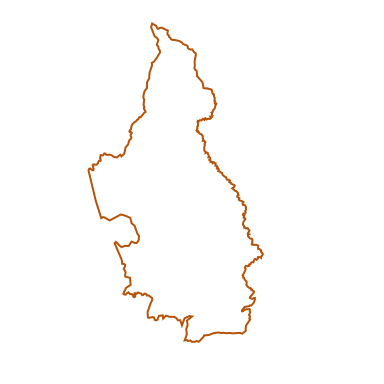 Djéma, Haut-Mbomou, Central African Republic (Natural Earth projection), rotated 23°
{"feature_id": "33826404B9662788023259", "entity_name": "Djéma", "entity_type": "district", "adm_level": 2, "iso_a3": "CAF", "parent_name": "Central African Republic", "parent_adm1": "Haut-Mbomou", "projection": "natural_earth1", "projection_center": [25.567, 6.936], "detail": "fine", "context": "isolated", "style": "outline", "palette": "amber", "viewbox_px": 384, "rotation_deg": 23, "n_neighbors": 0, "source": "geoboundaries", "source_scale": "gbopen_adm2", "svg_char_len": 6062}
<svg xmlns="http://www.w3.org/2000/svg" viewBox="0 0 384 384"><g transform="rotate(23 192 192)"><path d="M295.4,286.6L294.1,286.0L294.2,284.5L294.0,283.8L292.5,283.0L292.6,279.8L291.6,279.0L291.2,277.5L290.4,277.5L287.6,278.8L286.6,279.8L285.1,282.2L284.6,282.2L284.4,281.6L284.4,280.6L285.4,277.2L288.9,274.9L289.6,273.7L290.9,273.4L292.2,269.5L291.9,266.2L291.3,265.0L290.8,265.2L289.2,266.9L286.5,266.8L286.4,266.3L288.2,260.4L287.8,259.3L286.0,259.1L285.1,258.3L284.6,258.8L283.4,257.5L282.6,258.0L279.8,257.3L278.8,256.3L278.1,256.0L277.9,254.4L277.3,253.2L274.5,251.9L273.5,250.6L272.6,250.8L272.0,249.4L271.2,249.0L271.6,245.5L271.5,241.8L270.2,241.0L270.4,239.0L271.0,238.6L272.4,238.5L273.6,237.4L272.9,236.8L272.9,236.3L274.0,235.5L273.9,234.6L274.1,233.8L274.6,233.2L276.0,232.7L275.7,231.8L275.9,229.2L276.3,228.9L278.1,229.1L278.6,227.4L278.1,226.2L280.4,225.2L281.2,225.5L280.9,224.4L281.5,222.5L281.5,221.4L280.1,220.5L279.0,220.3L278.5,218.7L277.7,218.8L276.4,218.1L275.2,218.5L274.7,217.8L274.2,215.9L273.7,215.6L272.3,215.4L268.0,217.0L267.5,216.9L267.1,215.9L267.3,214.8L266.6,213.8L266.6,212.9L266.3,212.3L265.2,211.6L264.7,212.0L263.3,212.0L260.7,210.7L260.2,209.4L260.9,208.6L259.7,208.7L259.5,208.2L260.0,205.9L259.9,204.9L258.4,204.5L257.9,203.7L257.1,203.6L255.6,204.5L254.8,204.0L254.0,204.4L252.9,202.7L252.0,202.4L251.2,201.0L251.1,198.6L251.3,197.2L251.7,196.4L251.6,195.7L251.3,195.5L249.6,195.5L249.3,193.3L248.2,193.5L247.7,192.9L247.8,191.8L249.2,191.4L249.4,189.8L248.3,188.8L248.6,187.2L247.7,185.0L246.2,183.5L244.0,183.9L243.5,183.6L243.0,182.5L243.4,181.6L243.3,181.1L241.8,180.9L238.6,181.1L238.1,180.7L238.0,179.0L236.0,178.9L235.4,178.5L235.3,177.4L236.0,176.7L235.9,176.3L235.1,175.8L234.6,174.8L232.2,173.9L231.5,174.1L229.9,173.7L229.1,173.2L227.7,173.0L227.8,172.5L229.0,170.7L228.8,169.4L228.1,169.0L225.1,169.2L224.3,168.5L222.4,168.4L222.2,167.8L222.6,166.8L222.4,166.6L220.7,166.4L219.2,167.0L217.6,165.1L216.3,165.1L213.7,164.4L213.1,163.9L212.5,162.8L211.5,163.0L209.8,162.3L208.0,162.6L207.8,160.6L206.8,160.0L206.1,160.7L205.7,160.7L205.4,158.6L204.4,158.2L203.3,158.7L202.5,156.3L201.0,156.5L200.3,156.0L200.0,156.2L199.6,157.4L198.7,156.5L197.8,157.1L197.3,157.1L197.0,156.2L196.6,156.0L196.4,155.5L195.5,155.9L195.3,155.7L195.7,154.2L195.4,153.5L194.5,153.0L193.6,153.5L193.6,152.6L191.3,150.0L190.8,149.7L189.8,150.1L189.3,150.8L189.0,149.9L187.2,149.1L185.8,146.2L185.6,144.1L184.8,143.1L184.9,140.9L183.3,140.1L182.0,140.7L181.8,139.3L180.4,137.4L180.1,136.3L179.0,135.9L178.3,135.2L175.8,135.3L174.1,133.6L173.5,134.5L172.1,133.7L172.1,131.2L171.3,130.0L171.7,128.9L170.8,127.0L170.8,126.0L169.8,125.4L169.5,124.3L170.5,124.2L171.3,122.7L172.7,122.5L173.4,120.5L175.2,120.8L175.0,119.3L175.4,118.8L177.0,119.6L178.2,118.2L179.2,118.1L180.3,117.3L180.4,116.7L179.5,115.7L180.9,115.6L181.2,114.7L181.1,113.7L180.0,113.4L179.7,111.6L179.0,111.2L179.7,110.3L179.4,108.5L180.1,107.0L180.2,105.3L179.7,103.0L180.0,101.2L179.6,101.0L178.7,101.7L178.3,101.4L177.6,100.3L177.8,99.4L176.8,98.8L176.5,97.1L174.6,94.9L174.1,93.6L172.8,93.7L170.0,90.1L168.8,90.1L167.9,90.6L165.9,90.5L165.3,91.1L164.4,91.0L163.4,91.6L161.9,91.8L160.6,89.5L158.6,86.8L151.2,83.2L150.5,81.3L148.9,78.7L146.5,77.8L145.6,76.6L145.2,74.4L143.6,71.3L142.7,68.3L142.4,65.9L141.4,62.9L139.3,62.5L136.4,60.6L135.2,61.4L133.0,61.6L132.1,61.1L131.3,59.9L130.6,59.3L128.8,59.1L126.2,59.3L123.9,58.2L121.0,58.0L116.4,58.9L114.6,59.6L113.0,59.6L111.9,58.6L110.3,58.2L109.5,57.0L107.9,56.6L107.4,55.7L106.8,53.0L106.5,52.7L104.3,52.9L100.1,52.5L98.1,53.6L97.4,54.9L96.6,55.2L94.1,53.1L89.5,52.5L90.0,56.3L96.8,63.3L99.4,63.8L101.7,65.2L102.0,69.3L102.4,70.6L104.0,71.1L105.6,73.5L107.0,74.2L108.0,76.0L107.3,81.3L106.2,86.7L104.6,88.8L105.8,91.3L106.3,98.6L108.2,104.2L107.7,108.4L109.9,113.7L108.9,117.7L109.5,121.6L110.5,124.5L111.8,125.4L113.5,131.0L115.0,132.4L114.8,133.3L115.4,134.4L117.1,135.4L118.0,136.5L117.1,137.7L115.5,143.2L114.2,143.7L114.1,146.2L113.5,146.5L112.6,149.3L111.7,150.3L110.6,152.9L110.5,154.7L111.4,158.2L110.7,159.2L110.7,160.6L111.2,161.2L112.6,160.7L113.3,160.8L113.6,161.6L113.1,163.2L113.6,164.3L114.7,165.2L115.1,166.3L114.1,169.1L114.6,173.2L113.4,177.2L114.3,181.0L114.6,183.5L113.1,186.8L111.4,185.7L109.5,189.3L107.1,190.2L105.9,190.2L104.0,189.6L102.6,189.6L101.5,189.8L99.6,191.0L98.5,191.2L96.8,190.5L96.1,190.9L96.0,192.1L95.5,193.3L93.5,193.8L94.1,196.7L95.6,198.4L95.6,199.1L94.3,199.5L93.9,200.6L94.2,202.2L93.7,203.8L92.5,204.6L90.5,205.1L90.0,206.1L91.4,207.5L91.5,208.3L92.4,209.1L92.7,210.2L92.2,210.8L91.2,210.8L89.2,210.1L88.3,210.7L88.3,212.6L107.1,238.0L118.7,251.5L119.8,249.9L121.2,249.6L127.4,250.3L135.3,240.5L139.5,239.9L145.3,239.9L148.7,244.4L152.2,245.4L158.0,251.7L160.3,253.0L161.7,256.9L161.2,260.4L159.7,261.2L155.7,261.3L154.8,266.4L151.1,267.9L148.9,270.2L147.3,269.9L141.4,267.7L140.8,269.4L154.1,282.2L155.8,285.4L157.5,284.8L158.9,285.1L159.5,286.9L159.1,289.3L162.3,291.7L162.8,294.6L163.8,296.0L168.5,295.2L171.8,301.5L168.8,306.0L168.5,312.5L169.7,312.8L171.1,312.4L171.6,310.8L172.6,309.2L173.4,309.7L174.9,310.1L176.9,309.5L179.2,311.4L179.9,311.4L180.5,310.6L180.4,309.6L180.0,309.1L179.3,308.9L178.8,308.4L178.7,307.7L179.3,307.3L180.0,307.5L180.9,307.3L181.3,305.7L184.9,305.4L186.5,306.5L187.3,305.8L187.8,304.3L189.3,303.7L190.2,304.1L190.8,305.0L192.6,304.1L194.6,304.8L196.5,305.1L197.6,306.5L197.4,310.5L198.0,319.8L200.3,324.5L201.4,324.8L204.3,322.7L206.2,322.3L207.6,324.3L209.0,324.2L210.2,323.0L209.9,319.0L213.2,317.0L214.9,319.8L216.4,316.0L220.7,315.5L224.6,313.8L227.2,314.3L229.1,315.6L231.3,314.6L234.9,318.7L234.5,311.2L237.9,307.3L240.7,306.6L237.6,312.2L240.0,316.3L240.2,320.3L242.9,325.1L243.2,331.5L245.0,330.3L246.3,330.8L248.4,329.4L250.5,330.0L253.5,328.5L254.5,327.3L256.8,327.2L259.2,320.7L259.2,319.2L263.2,317.2L266.9,313.6L269.4,312.0L271.5,310.9L274.0,310.4L276.2,309.2L278.8,308.6L281.7,307.0L284.3,306.4L291.1,303.0L293.7,302.7L295.7,298.8L294.7,296.6L293.9,293.8L295.4,286.6Z" fill="none" stroke="#b45309" stroke-width="2"/></g></svg>